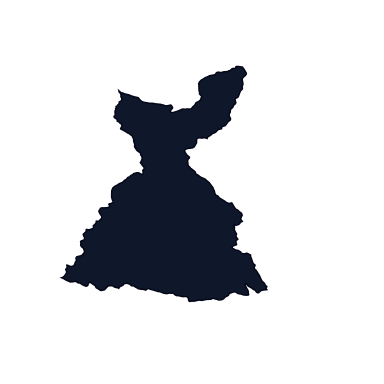 the district of Aija, Áncash, Peru, rotated 116°
{"feature_id": "86281439B16913171463289", "entity_name": "Aija", "entity_type": "district", "adm_level": 2, "iso_a3": "PER", "parent_name": "Peru", "parent_adm1": "Áncash", "projection": "equal_earth", "projection_center": [-77.714, -9.768], "detail": "fine", "context": "isolated", "style": "filled", "palette": "ink", "viewbox_px": 384, "rotation_deg": 116, "n_neighbors": 0, "source": "geoboundaries", "source_scale": "gbopen_adm2", "svg_char_len": 6082}
<svg xmlns="http://www.w3.org/2000/svg" viewBox="0 0 384 384"><g transform="rotate(116 192 192)"><path d="M294.3,169.8L294.0,169.6L292.9,168.3L291.9,165.9L291.3,165.0L291.2,164.3L291.9,162.0L291.8,160.1L291.1,158.7L290.1,154.4L288.8,152.2L288.3,150.8L288.9,149.1L289.5,148.3L290.9,147.5L291.4,146.6L291.3,145.8L290.4,144.8L289.0,142.0L286.0,138.3L285.1,135.6L282.2,131.9L281.4,130.3L280.7,129.3L280.1,128.0L278.3,126.6L277.8,123.4L277.4,122.3L277.5,121.0L276.0,118.3L274.1,116.8L271.7,116.1L269.3,114.2L267.9,113.9L266.9,114.2L266.5,114.1L266.2,113.4L263.3,110.5L262.7,108.8L263.1,106.5L262.8,104.9L262.2,103.2L262.0,100.8L261.0,98.1L259.9,96.2L259.2,96.2L258.3,97.1L257.1,97.6L255.8,98.7L254.2,101.3L253.5,101.9L252.4,103.7L251.9,103.7L251.2,103.2L251.0,102.2L251.8,100.6L252.0,99.2L252.2,95.7L252.6,94.5L252.6,92.1L253.7,90.1L253.8,88.8L253.2,87.9L250.6,87.0L248.5,84.5L247.4,82.5L247.0,82.0L246.6,82.9L246.2,83.1L244.3,83.3L244.0,83.6L243.9,85.0L242.4,86.7L241.3,90.3L237.7,94.6L234.4,99.9L233.9,101.6L233.3,102.7L232.5,103.0L230.1,103.2L229.5,105.5L228.8,106.5L225.4,109.8L224.6,110.9L223.0,111.7L222.9,115.4L223.2,116.3L224.3,117.3L224.7,118.0L225.1,119.0L225.3,120.1L225.2,121.3L224.6,121.9L224.3,124.9L225.1,127.5L224.8,129.0L225.0,130.4L224.5,131.3L223.8,131.8L222.8,131.6L220.8,129.9L220.0,128.9L219.5,129.0L217.5,130.9L216.0,130.9L214.4,130.1L214.2,130.2L213.8,131.2L212.9,132.6L212.3,133.3L210.2,133.6L208.7,135.9L206.8,137.9L205.4,138.1L203.9,139.3L203.2,139.3L202.4,137.6L200.8,135.9L199.3,135.2L198.2,135.4L196.4,133.9L195.4,135.8L194.6,136.5L192.6,136.8L191.1,136.6L190.0,137.5L189.3,138.6L189.0,140.8L188.2,143.0L188.2,145.4L186.6,148.1L184.4,151.4L184.5,151.8L186.0,153.4L186.4,156.3L185.9,158.7L185.3,165.0L184.3,166.9L184.3,169.3L183.2,170.9L181.0,172.6L180.7,173.4L179.7,174.2L178.8,175.3L176.0,180.8L175.3,183.9L174.7,185.7L174.8,191.0L174.2,194.1L174.1,195.9L173.8,196.9L172.7,197.7L172.1,199.3L171.2,204.0L170.5,205.1L170.3,206.3L169.6,207.3L166.1,209.5L164.9,209.9L164.0,209.8L162.7,209.3L161.8,209.6L161.0,212.8L159.5,215.4L158.2,216.8L157.1,216.9L155.2,215.5L152.1,210.9L150.4,209.8L145.9,209.5L142.8,210.9L141.9,210.9L141.1,210.5L140.1,209.2L139.1,206.5L138.0,205.1L137.5,203.9L137.3,201.9L136.1,202.2L132.5,200.0L130.3,199.2L129.3,198.0L127.9,197.0L124.7,196.0L123.7,195.1L122.2,193.2L120.7,193.7L120.2,193.7L117.7,191.2L112.9,190.4L110.9,189.2L109.3,189.4L107.1,192.1L106.2,192.5L105.3,192.8L103.8,192.6L100.8,193.6L98.2,192.5L95.8,192.6L94.0,191.8L92.6,191.7L89.7,194.1L88.1,193.5L87.5,192.8L86.2,192.2L80.0,192.8L77.9,192.0L77.0,192.1L76.5,192.2L75.0,193.3L73.3,193.3L72.3,193.7L68.8,196.3L67.8,196.5L66.5,196.3L63.5,195.0L61.9,195.0L61.2,195.5L58.9,199.0L57.6,201.5L59.1,206.0L59.8,207.2L60.1,207.4L61.8,207.3L62.3,207.7L63.1,209.5L63.6,210.0L66.4,211.1L66.8,212.0L67.3,212.1L68.4,213.2L70.1,216.2L71.9,218.2L72.8,221.0L73.5,221.9L74.4,222.4L75.9,222.5L76.7,223.0L79.9,227.3L82.3,229.0L83.2,230.1L85.7,231.5L87.1,232.6L90.1,233.6L92.0,233.4L92.8,232.7L97.5,230.3L99.2,228.8L100.2,228.5L100.7,228.0L101.7,225.2L105.5,224.7L108.0,225.8L109.2,227.0L110.2,227.5L113.2,227.7L114.9,228.6L117.5,229.1L118.3,230.1L119.5,232.8L120.5,234.2L121.6,236.9L125.4,240.1L128.7,243.6L129.5,245.0L129.7,245.9L129.3,246.8L127.0,246.9L125.7,246.3L124.9,246.3L124.0,247.2L123.2,248.7L123.2,249.3L125.3,251.9L126.4,254.1L126.3,255.8L126.7,256.8L126.9,258.4L128.9,263.8L129.4,265.9L130.9,269.2L132.5,274.8L132.6,276.8L132.3,278.6L130.8,281.7L131.7,285.3L132.3,289.2L132.3,291.0L133.4,295.9L133.3,297.5L133.8,298.9L133.8,299.6L133.1,302.0L134.3,301.0L134.5,299.9L134.9,299.3L136.3,298.1L137.5,297.7L138.7,296.2L139.8,295.6L140.6,295.5L141.7,295.9L142.9,296.8L145.2,296.2L146.6,297.0L147.5,296.9L148.5,297.7L149.4,297.0L150.6,297.2L151.5,296.6L152.5,296.7L153.5,296.5L156.5,294.7L157.3,294.7L158.0,295.2L158.7,295.0L159.2,293.9L159.5,291.4L160.0,290.8L161.1,290.2L161.0,288.5L161.9,286.3L161.7,284.6L162.6,284.5L163.3,283.7L164.3,283.9L166.4,283.9L166.6,283.6L166.6,281.1L166.9,277.0L167.2,275.8L166.9,274.5L167.4,272.9L167.7,270.6L169.8,267.9L172.1,266.5L174.8,263.8L176.0,263.8L176.9,262.9L178.7,259.9L179.2,258.0L179.3,256.0L180.1,255.0L181.4,254.1L181.7,253.1L182.0,252.6L184.1,251.3L186.9,251.1L188.2,251.3L190.0,247.9L190.7,246.2L191.4,245.4L192.3,245.2L194.2,245.7L196.4,244.1L197.9,244.2L198.3,244.5L198.1,247.7L198.5,249.3L199.0,250.2L201.2,252.6L202.4,252.9L204.2,254.3L205.8,254.7L206.6,255.7L207.4,256.1L209.6,256.6L210.8,257.6L213.9,258.7L216.6,261.2L217.8,261.7L220.8,263.9L223.0,264.9L226.0,264.7L231.7,262.1L233.9,260.2L235.1,258.8L235.9,258.3L238.2,260.1L238.7,261.0L239.1,261.2L239.6,261.3L240.5,260.0L241.0,259.8L241.4,259.8L242.3,260.4L243.2,261.1L246.0,266.4L246.9,267.1L248.7,267.1L249.4,267.4L250.4,267.1L252.1,264.8L253.3,262.6L255.0,261.6L255.5,261.6L256.7,262.3L258.3,262.6L258.9,262.9L259.5,263.6L260.1,265.2L262.3,264.6L265.7,265.9L266.9,265.0L267.8,264.8L268.6,265.3L271.2,268.1L271.8,270.2L272.1,270.6L273.3,270.0L274.1,269.9L277.7,271.2L279.0,270.1L279.8,268.8L280.5,268.2L282.5,268.1L284.4,270.0L285.3,270.4L286.6,269.5L288.7,268.7L289.7,267.1L290.0,265.3L290.5,264.5L292.4,262.7L293.5,262.2L297.5,263.3L300.7,267.1L301.3,267.3L302.5,267.2L304.3,265.7L305.8,266.1L309.0,265.7L310.0,266.0L311.0,266.7L312.2,268.3L312.4,271.9L312.6,272.4L314.8,271.0L316.9,271.6L318.3,270.0L319.4,269.3L322.3,269.6L324.0,270.0L325.3,270.7L326.2,271.6L326.1,269.2L326.4,266.6L326.2,262.0L325.1,260.0L323.2,257.3L323.6,254.9L323.5,254.2L323.0,253.0L323.0,252.0L323.4,249.8L323.2,246.0L322.8,245.4L322.0,244.9L321.4,244.7L319.7,245.1L317.7,244.4L318.7,237.8L320.0,236.2L320.3,232.5L320.6,231.2L320.2,230.2L318.3,227.8L313.4,226.3L312.1,224.5L311.1,222.4L311.4,220.0L311.1,218.1L310.6,217.0L310.7,215.6L309.7,215.6L308.1,215.0L307.5,214.2L306.8,213.9L306.1,213.2L304.3,212.9L302.5,210.5L302.1,207.0L302.8,205.7L302.4,204.2L302.1,203.8L302.0,202.8L302.2,201.4L302.4,197.3L302.0,196.3L301.7,194.9L301.1,194.0L300.4,190.5L297.9,189.4L297.7,186.6L297.2,184.8L296.3,178.6L295.7,177.5L295.3,172.8L294.3,169.8Z" fill="#0f172a" stroke="#020617" stroke-width="1.5"/></g></svg>